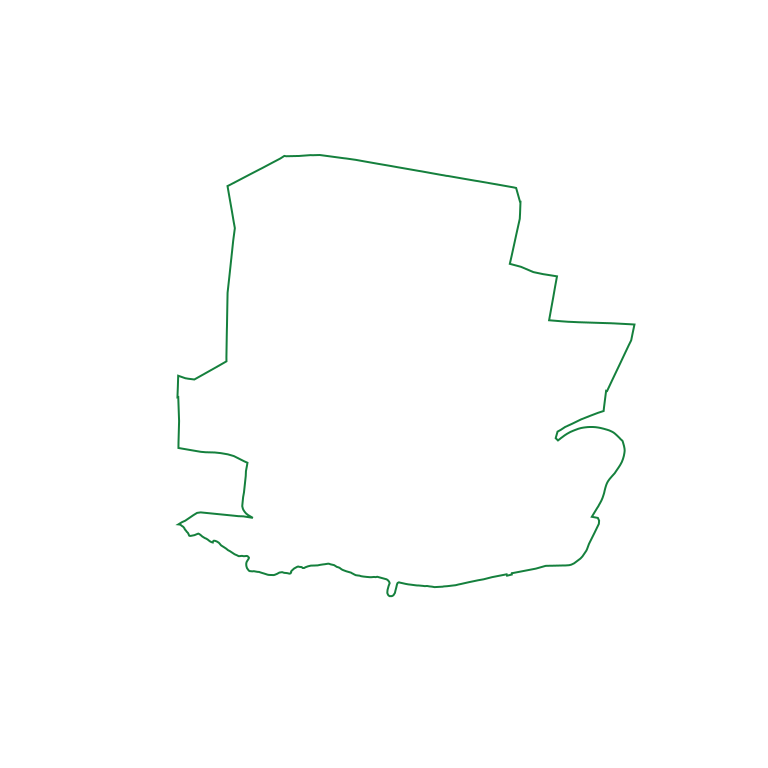 the district of Comuna 14, Ciudad de Buenos Aires, Argentina, rotated 151°
{"feature_id": "61730980B11409583290546", "entity_name": "Comuna 14", "entity_type": "district", "adm_level": 2, "iso_a3": "ARG", "parent_name": "Argentina", "parent_adm1": "Ciudad de Buenos Aires", "projection": "albers", "projection_center": [-58.419, -34.574], "detail": "fine", "context": "isolated", "style": "outline", "palette": "green", "viewbox_px": 768, "rotation_deg": 151, "n_neighbors": 0, "source": "geoboundaries", "source_scale": "gbopen_adm2", "svg_char_len": 5698}
<svg xmlns="http://www.w3.org/2000/svg" viewBox="0 0 768 768"><g transform="rotate(151 384 384)"><path d="M176.3,477.2L176.7,477.4L173.4,491.4L175.2,493.0L184.8,500.8L203.0,515.5L205.7,517.6L213.9,524.2L220.6,529.6L227.3,535.0L228.4,535.7L230.5,537.5L232.3,538.9L240.4,545.5L248.7,552.3L249.9,553.2L256.2,558.3L264.5,565.0L266.5,566.6L272.5,571.5L282.0,579.1L292.0,587.2L300.1,593.8L302.1,595.3L308.3,600.0L308.5,600.1L309.9,601.1L319.3,608.1L328.6,615.0L329.3,615.5L335.5,618.7L337.3,619.8L347.7,624.6L359.1,630.6L360.6,631.8L365.1,631.5L366.0,631.5L374.4,631.7L386.2,631.9L388.5,632.0L399.2,632.3L412.1,632.6L423.5,632.9L424.9,633.0L429.1,620.9L433.2,609.0L436.9,598.5L438.9,592.6L446.6,582.2L452.2,574.2L455.8,569.1L456.4,568.2L457.0,567.4L466.9,553.3L476.6,539.6L481.7,530.8L485.8,523.7L493.6,510.2L494.5,508.7L498.1,502.5L508.8,483.9L510.8,480.2L517.9,480.1L529.5,480.0L546.9,479.9L547.7,479.9L552.9,483.7L554.1,484.7L554.9,485.3L560.0,491.0L565.3,482.1L571.1,472.5L570.3,472.3L581.2,450.9L582.5,448.7L591.6,433.3L593.1,430.7L594.8,427.7L583.1,418.3L577.1,413.5L573.1,410.8L565.3,406.2L560.3,402.7L554.7,398.2L550.3,393.8L543.7,384.1L541.6,381.3L542.8,379.8L547.0,374.7L549.5,370.6L559.0,357.1L562.1,353.3L565.7,348.1L567.2,345.9L567.9,343.3L568.0,341.6L567.8,339.5L567.4,337.6L566.4,335.2L563.6,330.5L570.5,335.9L571.1,336.4L575.3,338.9L579.0,341.5L606.6,360.6L610.0,361.9L614.3,361.7L624.1,360.8L627.7,361.1L631.9,360.9L630.9,360.2L630.2,359.4L629.6,357.9L628.8,356.4L628.5,354.3L628.7,353.4L628.3,352.0L628.2,350.6L627.7,348.9L627.7,347.9L627.9,345.9L627.8,345.6L626.8,344.9L623.1,343.7L620.5,343.4L619.0,343.2L618.3,342.3L617.6,340.8L616.9,338.8L615.4,336.1L614.5,335.0L613.6,333.4L613.0,331.9L612.4,330.6L611.6,329.4L610.6,328.4L610.1,329.0L609.1,329.5L608.1,329.0L607.4,328.3L606.5,327.2L605.5,325.4L605.2,324.4L605.0,323.2L604.7,321.8L603.0,318.7L601.8,316.4L601.0,314.3L599.8,312.5L597.2,307.5L595.5,305.3L594.6,303.9L593.7,303.4L592.6,303.0L591.5,302.5L590.3,301.5L589.2,300.9L588.4,300.6L587.8,300.4L586.8,299.6L586.3,297.7L586.6,297.2L587.3,296.7L588.8,295.9L590.2,295.1L590.8,294.6L591.7,293.5L592.4,292.1L592.8,290.9L593.1,289.1L592.9,287.9L592.7,286.3L592.1,285.4L591.7,285.2L591.1,284.7L590.3,284.2L589.4,283.7L588.6,283.4L587.4,282.4L585.8,281.1L584.4,280.2L583.6,279.3L582.1,277.7L581.0,276.6L579.4,274.9L578.3,273.7L577.2,272.8L575.2,271.6L573.0,270.3L571.5,270.0L569.5,269.8L568.7,269.8L566.9,269.8L564.3,268.8L563.3,267.7L562.7,267.1L562.2,266.8L561.3,266.2L560.1,265.3L558.7,264.0L557.6,263.7L556.6,264.2L556.1,265.1L555.0,265.5L552.1,266.2L548.7,266.2L547.6,266.0L546.8,265.2L545.8,264.5L544.8,263.8L544.3,262.5L543.1,261.8L541.5,261.8L538.9,261.4L536.0,260.6L532.9,259.0L529.9,257.5L527.3,256.7L524.9,255.8L523.2,255.1L519.9,253.9L518.8,253.0L518.4,252.4L516.6,250.8L515.5,249.8L514.7,248.4L514.0,247.0L513.0,246.0L512.0,244.8L511.4,243.4L510.5,241.7L509.5,240.5L507.8,238.5L504.3,235.0L503.7,233.9L503.0,232.9L502.4,231.9L501.4,230.5L499.7,229.2L498.4,228.3L497.2,227.0L495.4,225.6L493.0,223.9L490.2,222.0L488.6,221.1L486.3,220.1L484.9,219.1L483.4,218.7L476.5,212.0L476.0,211.1L475.6,210.0L475.4,208.5L475.6,207.1L476.4,206.4L478.0,205.0L480.8,202.1L482.2,200.0L482.5,199.3L482.6,198.1L482.6,197.1L482.3,196.4L482.0,195.8L480.8,195.1L480.0,194.7L479.2,194.6L478.1,194.7L477.0,195.3L475.7,196.0L474.2,197.7L471.8,200.2L470.3,201.9L469.5,202.7L468.5,203.4L467.1,203.3L466.4,202.6L464.7,201.1L462.0,198.7L459.8,196.9L458.1,195.7L455.0,193.4L453.1,192.0L451.1,190.8L449.5,189.7L447.6,188.4L446.3,187.4L444.3,186.5L442.3,184.9L440.3,183.5L438.2,181.8L436.3,180.9L433.6,179.6L431.2,178.4L429.7,177.9L426.9,176.6L424.5,175.6L422.5,174.8L418.9,173.3L415.9,172.5L413.7,171.8L410.6,170.9L405.5,169.4L401.0,168.0L396.8,166.7L391.6,164.9L383.2,162.7L369.0,158.1L369.3,156.7L364.6,155.4L364.1,156.5L363.9,156.6L362.7,156.1L340.7,148.9L330.9,146.6L329.6,146.0L326.1,144.1L315.8,138.7L313.8,137.6L313.2,137.3L310.0,135.8L307.8,135.2L304.7,135.0L296.8,136.1L294.0,137.0L287.9,140.1L286.5,141.1L282.2,144.8L272.3,151.6L263.9,157.5L262.1,160.2L261.9,163.2L266.6,167.1L257.3,172.4L255.9,173.1L254.9,173.8L252.6,175.2L250.3,176.7L248.0,178.5L245.4,180.9L244.1,182.2L242.5,184.0L240.5,186.1L238.5,188.0L237.0,189.2L235.3,190.3L232.8,191.5L229.6,192.7L225.5,194.1L222.6,195.6L219.2,197.3L216.6,198.7L213.8,200.5L211.3,202.6L209.1,204.8L207.2,207.1L205.9,208.9L205.0,210.8L204.2,213.2L203.5,216.1L203.1,217.9L203.0,218.7L203.5,220.2L203.8,221.0L204.1,222.4L204.6,224.1L205.3,226.4L206.1,228.7L206.8,230.3L207.8,231.9L209.5,234.2L210.9,235.7L212.3,237.1L213.7,238.5L216.1,240.7L217.8,242.1L219.8,243.6L221.8,244.9L224.6,246.5L226.6,247.5L228.5,248.3L230.5,249.1L232.8,249.9L235.6,250.6L239.0,251.1L239.6,251.2L240.5,251.3L241.2,251.4L242.3,251.5L243.3,251.6L244.2,251.7L244.7,251.7L245.3,251.7L246.2,251.7L247.0,251.7L247.5,251.7L248.2,251.7L249.1,251.6L249.9,251.6L250.7,251.5L251.7,251.4L252.4,251.3L253.0,251.2L253.9,251.1L254.5,251.0L255.5,250.9L256.5,250.7L257.8,250.5L258.6,250.4L259.2,250.3L260.1,253.4L259.3,254.2L255.3,258.2L251.6,258.2L246.4,258.6L238.6,258.0L228.9,257.5L218.9,256.2L210.6,255.0L205.0,253.9L203.4,256.2L202.1,258.0L198.0,263.6L193.0,270.4L192.3,269.7L183.3,276.2L174.9,282.2L166.9,287.9L162.2,291.3L159.0,293.6L151.2,299.2L147.0,302.1L146.5,302.5L141.9,307.9L136.1,314.6L139.7,316.9L153.6,325.6L156.7,327.5L158.4,328.5L165.3,332.6L181.7,342.4L183.4,343.4L189.4,347.1L193.0,349.3L195.9,351.2L198.2,352.7L208.7,359.7L200.3,370.0L194.0,377.7L187.8,385.4L180.5,394.3L189.7,401.5L191.4,402.8L198.8,409.2L199.3,409.7L207.4,420.1L215.7,428.1L210.5,433.9L201.7,443.9L195.3,451.2L185.2,462.6L182.2,467.4L176.3,477.2Z" fill="none" stroke="#15803d" stroke-width="2"/></g></svg>